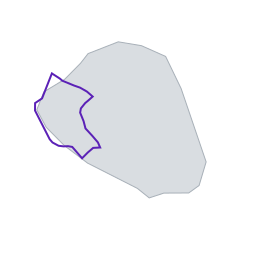 Sant Julià de Lòria highlighted on a map of Andorra, rotated 56°
{"feature_id": "AND-4882", "entity_name": "Sant Julià de Lòria", "entity_type": "state/province", "adm_level": 1, "iso_a3": "AND", "parent_name": "Andorra", "parent_adm1": "", "projection": "natural_earth1", "projection_center": [1.502, 42.473], "detail": "fine", "context": "in_parent", "style": "outline", "palette": "violet", "viewbox_px": 256, "rotation_deg": 56, "n_neighbors": 0, "source": "natural_earth", "source_scale": "10m", "svg_char_len": 771}
<svg xmlns="http://www.w3.org/2000/svg" viewBox="0 0 256 256"><g transform="rotate(56 128 128)"><path d="M197.8,149.5L183.3,154.0L134.6,181.1L107.0,190.6L81.7,195.4L61.9,193.4L51.0,177.5L52.2,153.2L47.8,131.2L44.0,119.5L51.1,87.9L67.3,70.8L89.7,56.8L125.0,61.9L199.8,82.2L215.4,101.2L215.8,114.0L202.0,134.7L197.8,149.5Z" fill="#d9dde1" stroke="#a8b0b8" stroke-width="1"/><path d="M93.5,199.2L61.5,195.3L55.4,191.1L55.4,182.7L40.2,160.6L49.1,156.8L52.1,156.0L62.6,149.0L67.7,145.2L74.8,141.7L82.2,139.7L83.0,145.7L83.4,149.6L85.4,156.1L88.5,159.1L97.5,161.0L104.6,163.5L114.4,162.0L123.1,161.0L128.6,162.0L125.0,168.0L125.8,174.9L127.4,183.0L112.5,184.8L109.5,187.9L107.2,191.7L103.9,195.5L97.8,198.7L93.5,199.2Z" fill="none" stroke="#5b21b6" stroke-width="2"/></g></svg>